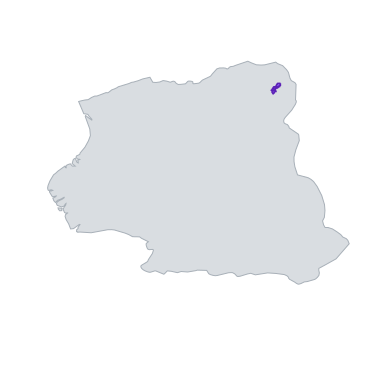 Kware, Sokoto, Nigeria shown in context, rotated 70°
{"feature_id": "59680162B33139882700556", "entity_name": "Kware", "entity_type": "district", "adm_level": 2, "iso_a3": "NGA", "parent_name": "Nigeria", "parent_adm1": "Sokoto", "projection": "equal_earth", "projection_center": [5.32, 13.155], "detail": "fine", "context": "in_parent", "style": "filled", "palette": "violet", "viewbox_px": 384, "rotation_deg": 70, "n_neighbors": 0, "source": "geoboundaries", "source_scale": "gbopen_adm2", "svg_char_len": 5348}
<svg xmlns="http://www.w3.org/2000/svg" viewBox="0 0 384 384"><g transform="rotate(70 192 192)"><path d="M294.4,62.0L304.1,79.5L306.2,92.5L307.1,98.9L308.7,99.6L311.6,100.0L313.8,101.3L315.1,103.4L315.9,105.4L316.1,106.6L315.6,114.3L314.9,117.2L315.3,121.0L315.2,122.7L314.9,123.8L313.6,125.1L311.8,126.3L307.5,130.1L306.3,130.6L304.5,130.7L303.0,131.6L301.1,133.6L297.2,141.1L293.9,148.6L291.5,160.8L288.5,164.6L288.0,167.9L287.6,175.5L287.1,177.8L286.6,178.5L283.4,179.9L281.5,181.7L280.4,185.1L279.1,196.8L278.6,198.8L277.5,200.8L275.9,203.0L274.5,204.2L270.7,205.0L267.2,213.8L267.2,215.3L265.7,223.4L263.0,229.4L262.8,233.3L259.4,238.6L257.7,242.2L259.5,246.0L259.6,246.6L253.8,253.0L253.4,254.0L253.2,258.4L252.8,259.6L251.7,261.2L250.1,263.0L248.5,264.4L246.7,265.4L244.9,265.7L243.9,265.2L243.4,263.8L242.4,258.4L241.9,257.2L240.7,256.2L236.2,250.2L233.4,248.1L232.8,248.3L232.4,248.8L231.6,251.8L230.8,252.9L229.4,253.3L226.9,253.3L225.1,252.9L224.6,252.3L223.8,250.0L218.1,255.4L216.2,256.6L213.7,263.1L210.1,266.3L207.7,269.0L201.2,277.8L199.9,280.4L198.6,284.2L195.8,300.7L191.3,311.0L190.7,313.2L190.4,313.1L189.8,314.0L188.1,313.4L187.3,311.5L186.2,311.2L184.3,308.4L183.9,308.9L185.9,315.9L185.2,318.7L179.7,318.8L174.9,319.7L171.6,319.6L170.0,318.6L169.2,316.0L168.9,316.2L168.8,317.7L167.7,318.8L164.1,319.0L162.4,317.2L161.1,315.2L159.7,314.3L159.9,315.1L161.5,317.1L161.3,319.9L158.4,323.2L156.5,323.4L155.3,322.0L154.7,319.7L154.4,316.3L153.7,314.0L153.2,314.0L153.8,317.7L153.8,321.2L155.2,323.9L153.0,324.8L150.4,324.9L150.1,323.9L149.8,321.6L149.3,321.0L148.8,324.8L143.4,325.9L142.7,325.7L142.5,325.0L142.9,324.0L142.8,322.3L141.7,323.6L141.5,326.2L140.8,326.6L138.8,326.3L136.5,324.9L132.9,321.6L128.5,316.2L127.8,313.8L126.5,310.8L124.2,302.6L124.7,302.2L125.7,302.7L126.2,301.9L124.3,301.3L124.0,300.7L123.8,298.9L123.9,296.7L126.7,295.6L127.3,294.2L127.7,292.9L124.3,294.9L121.1,292.6L120.4,291.2L120.7,290.1L124.5,290.0L125.8,289.0L125.0,288.6L123.5,288.7L123.0,288.0L123.1,286.3L122.6,286.7L122.0,288.2L119.8,289.2L118.6,288.2L118.4,285.7L118.2,284.6L117.1,283.8L113.3,277.3L108.6,271.9L104.3,268.2L97.9,266.5L84.6,266.5L83.8,266.0L84.6,265.2L85.8,264.6L90.1,261.6L89.4,261.2L84.9,263.1L83.4,263.3L81.4,266.9L68.2,267.6L68.3,266.0L68.9,261.3L69.7,258.0L68.8,254.0L68.6,250.4L69.1,249.3L69.3,248.0L69.2,238.8L69.9,237.4L69.9,236.5L68.6,232.5L68.6,229.5L68.3,226.6L67.9,225.3L68.5,214.1L68.3,211.3L68.7,209.3L69.0,204.5L68.9,199.7L69.8,192.3L75.5,191.3L76.8,188.3L77.6,184.6L77.4,181.0L79.2,177.8L81.4,174.9L81.4,171.8L82.0,170.8L83.0,170.1L84.5,169.7L86.2,168.2L87.1,165.4L88.1,161.1L86.6,158.1L86.6,157.4L87.2,155.7L88.1,154.1L88.8,153.6L90.4,154.0L90.9,153.4L92.0,148.6L91.9,147.3L90.4,144.0L89.6,135.3L89.1,134.2L88.0,132.6L84.8,126.5L84.9,123.6L86.2,119.9L87.1,118.1L88.3,117.1L88.5,116.2L88.2,115.2L87.6,114.4L87.4,112.7L88.0,110.4L87.9,107.9L88.2,94.8L90.8,92.2L94.5,88.0L96.4,83.5L97.4,80.1L98.6,68.9L100.6,67.7L104.3,63.6L109.4,61.3L112.6,60.5L118.4,61.0L121.3,60.6L123.8,58.4L124.9,57.7L126.5,57.4L140.8,63.2L142.1,62.9L143.2,63.3L145.0,64.9L149.2,70.3L153.7,78.7L155.0,80.5L156.4,81.5L157.8,81.8L158.9,81.7L159.9,80.9L161.3,79.3L163.4,78.6L165.1,78.7L174.0,72.3L174.9,72.2L180.4,73.6L187.9,80.0L194.0,84.2L198.3,85.7L203.4,86.7L212.0,87.0L218.4,77.9L220.8,75.9L223.7,74.2L229.7,72.5L239.7,71.3L249.1,71.8L254.9,73.4L261.1,76.3L263.8,79.2L267.9,79.6L270.9,79.1L271.9,76.3L274.8,72.6L279.3,69.2L282.9,66.8L285.9,65.7L288.6,63.0L290.7,62.1L294.4,62.0ZM164.4,322.7L162.4,323.5L161.1,323.3L162.9,319.6L163.8,320.4L165.0,320.7L164.4,322.7Z" fill="#d9dde1" stroke="#a8b0b8" stroke-width="1"/><path d="M127.5,82.2L127.3,81.7L127.2,81.4L126.9,80.7L126.2,80.7L126.2,79.7L126.0,79.3L126.0,79.2L126.2,78.7L125.7,78.6L125.3,78.9L125.0,78.9L124.9,79.1L124.8,79.4L124.7,79.4L124.4,79.4L124.4,79.5L124.3,79.4L124.2,79.4L124.1,79.5L124.1,79.4L123.9,79.3L123.9,79.2L124.0,78.9L123.9,78.8L123.9,78.7L123.7,78.7L123.4,78.7L123.2,78.6L123.1,78.4L123.1,78.1L123.1,77.8L123.2,77.7L123.3,77.8L123.4,77.7L123.1,77.4L123.1,77.2L123.2,76.9L123.3,76.9L123.4,76.7L123.5,76.6L123.5,76.4L123.4,76.0L123.3,75.4L123.2,75.4L122.7,75.6L122.4,75.7L122.4,75.4L122.6,75.3L122.8,74.8L122.9,74.2L122.5,74.3L122.3,74.3L122.2,73.8L122.1,73.4L122.2,73.2L122.3,73.0L122.4,72.8L122.3,72.7L122.2,72.5L122.0,72.4L121.8,72.4L121.6,72.3L121.1,72.1L120.9,72.0L120.7,72.3L120.6,72.2L120.4,72.2L120.2,72.2L120.2,72.3L119.9,72.3L119.8,72.5L119.7,73.0L119.5,73.6L119.4,73.7L119.4,73.8L119.3,74.1L119.2,74.4L119.2,74.5L119.4,74.9L119.5,75.0L119.6,74.9L120.0,75.1L120.1,75.4L120.1,75.5L120.3,75.7L120.4,75.8L120.3,76.0L120.6,76.3L120.8,76.5L121.0,76.7L121.1,76.8L121.3,76.7L121.6,76.6L122.0,76.6L122.0,76.9L121.9,76.9L121.9,77.0L121.7,77.2L121.7,77.3L121.5,77.5L121.5,77.8L121.5,78.0L121.5,78.3L121.4,78.4L121.3,78.5L121.2,78.6L121.1,79.0L121.2,79.3L121.3,79.5L121.4,79.4L121.5,79.3L121.6,79.2L121.7,79.3L121.7,79.5L121.8,79.7L121.8,79.8L121.8,80.0L122.0,80.0L122.5,80.1L122.4,80.3L122.3,80.5L122.3,80.8L122.5,81.0L122.7,81.4L122.7,81.5L122.8,81.6L123.0,81.7L123.1,81.8L123.4,82.0L123.5,82.6L123.8,82.4L124.0,82.4L124.1,82.2L124.3,82.0L124.4,81.9L124.5,81.8L124.5,81.7L124.7,81.9L124.8,82.1L124.9,82.3L125.0,82.3L125.0,82.2L125.0,82.3L125.0,82.2L125.0,82.3L125.6,82.7L126.0,82.6L126.8,82.4L127.5,82.2Z" fill="#8b5cf6" stroke="#5b21b6" stroke-width="1.5"/></g></svg>